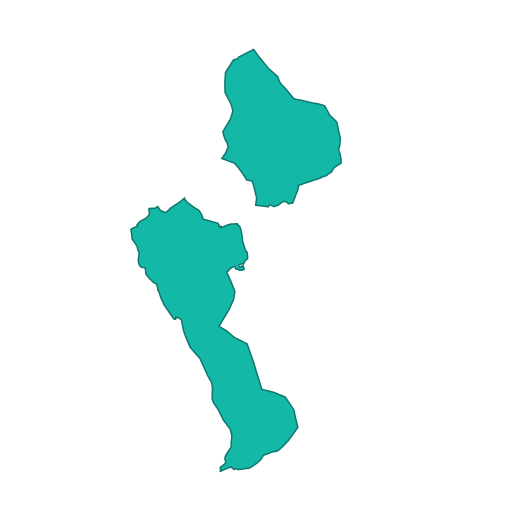 the district of Gusau, Zamfara, Nigeria, rotated 331°
{"feature_id": "59680162B80813578140782", "entity_name": "Gusau", "entity_type": "district", "adm_level": 2, "iso_a3": "NGA", "parent_name": "Nigeria", "parent_adm1": "Zamfara", "projection": "orthographic", "projection_center": [6.754, 11.999], "detail": "fine", "context": "isolated", "style": "filled", "palette": "teal", "viewbox_px": 512, "rotation_deg": 331, "n_neighbors": 0, "source": "geoboundaries", "source_scale": "gbopen_adm2", "svg_char_len": 4300}
<svg xmlns="http://www.w3.org/2000/svg" viewBox="0 0 512 512"><g transform="rotate(331 256 256)"><path d="M120.4,427.0L130.9,428.1L131.5,428.0L131.9,428.3L132.1,428.6L132.0,428.9L132.1,429.2L132.2,429.5L132.3,429.8L132.5,430.0L132.8,430.3L132.9,430.6L133.0,431.1L133.0,431.6L133.1,431.9L133.2,432.0L133.4,432.1L133.6,432.0L134.0,431.9L134.3,432.0L134.6,432.2L134.9,432.4L135.4,432.4L135.8,432.7L136.5,433.7L137.3,434.4L147.7,438.4L156.4,437.6L161.2,436.5L166.0,433.9L170.3,434.7L174.2,435.0L180.4,437.0L186.2,435.8L195.4,432.9L209.5,426.2L212.4,415.7L214.5,409.3L213.2,393.6L205.7,384.1L196.5,375.5L200.2,357.3L201.9,349.9L202.9,344.8L203.4,341.6L205.6,328.5L197.5,316.5L195.2,310.4L194.1,307.4L189.5,299.6L206.6,289.7L215.3,283.2L220.3,276.8L221.7,266.8L222.4,257.5L222.6,255.8L223.3,255.7L223.5,255.7L224.1,255.6L225.5,255.5L226.0,254.8L227.1,254.2L228.1,254.7L229.4,254.5L231.6,254.4L232.2,254.4L232.8,255.2L232.0,256.7L232.2,257.9L233.7,258.8L234.7,260.5L236.5,261.5L239.1,261.9L239.3,261.7L240.0,258.0L236.6,257.9L236.0,257.1L236.7,255.2L237.6,255.2L239.4,256.0L240.6,256.2L241.5,256.8L242.8,256.0L243.7,255.1L245.4,254.7L247.3,254.4L248.4,252.4L250.1,248.3L249.5,246.5L251.5,236.1L252.7,234.0L255.0,227.5L256.1,223.1L255.2,218.7L249.3,215.8L245.2,214.9L243.2,214.7L242.3,214.7L239.8,214.6L240.0,213.3L238.0,213.4L238.0,212.4L238.6,212.3L238.6,211.5L238.6,208.9L227.3,197.8L228.2,196.2L228.5,191.8L228.1,188.1L226.0,184.7L223.6,179.6L223.0,177.9L221.7,175.3L221.4,173.5L221.6,173.2L221.4,172.9L220.9,172.3L221.0,172.0L221.2,171.6L221.5,170.6L218.2,171.3L217.8,171.3L217.5,171.4L217.4,171.6L217.1,171.6L216.5,171.7L215.9,171.8L209.0,172.3L204.6,172.7L198.3,174.4L197.5,173.6L196.7,172.7L195.6,171.3L194.6,170.0L194.4,168.3L194.0,165.0L192.6,165.3L191.6,165.3L190.2,165.2L188.8,164.2L185.5,162.6L184.6,163.7L184.6,163.8L184.2,165.1L183.8,166.8L183.3,167.3L182.1,168.2L181.7,168.4L181.5,168.6L181.2,168.7L180.9,168.7L180.8,168.8L180.6,168.9L180.2,169.0L179.0,169.3L178.6,169.4L178.4,169.5L177.9,169.6L172.3,169.5L170.9,169.7L167.1,171.0L167.3,172.1L165.1,172.3L162.0,171.9L159.4,172.1L157.4,177.7L155.9,181.1L156.7,189.4L155.8,193.1L155.5,194.5L155.3,196.8L151.1,202.3L149.7,206.0L149.7,209.0L151.0,210.9L153.3,212.3L152.7,214.3L150.9,218.5L152.0,224.5L153.7,229.9L155.4,232.1L154.6,236.2L154.1,237.0L154.1,237.3L153.5,238.3L153.8,239.1L153.8,239.7L153.7,240.2L153.7,240.3L153.8,240.4L153.6,241.4L152.5,246.6L152.3,250.9L151.9,253.6L153.5,271.0L154.3,271.8L155.0,272.3L155.3,272.1L155.5,271.7L155.8,271.6L155.8,271.3L155.8,270.9L156.3,270.6L158.8,273.1L159.8,275.8L156.7,285.2L155.4,292.0L154.1,304.0L157.3,318.3L155.7,338.4L155.9,344.4L154.4,349.5L148.3,359.8L147.7,364.3L148.5,372.0L147.9,383.4L149.5,395.1L147.7,401.5L143.5,407.8L141.7,411.0L133.0,415.6L131.2,417.2L130.2,418.9L130.0,420.7L129.6,421.4L128.8,422.2L128.1,422.5L126.8,422.9L125.6,423.0L124.5,423.3L123.3,423.3L122.4,423.6L122.1,423.8L122.0,424.2L122.0,424.5L121.7,424.7L121.7,425.0L121.9,425.5L121.8,425.8L121.7,426.0L121.5,426.3L120.9,426.2L120.5,426.6L120.4,427.0ZM354.1,74.2L337.3,73.6L335.6,74.5L331.2,73.6L325.7,76.7L318.4,80.6L313.3,88.4L308.2,98.0L307.8,111.0L306.2,117.9L300.1,123.8L287.5,131.0L286.3,134.6L285.4,139.9L285.7,142.7L284.5,147.2L279.1,151.3L273.4,154.2L282.0,164.2L282.3,165.3L282.6,166.6L283.5,170.5L283.8,173.7L284.2,176.0L284.3,178.9L284.8,182.8L284.5,184.8L288.9,188.5L288.1,193.2L286.1,200.3L284.7,205.6L280.3,211.4L288.7,217.5L290.7,219.0L292.3,217.7L293.3,218.1L295.6,221.5L300.0,222.3L304.9,221.6L306.8,221.8L307.6,222.4L308.3,222.9L308.7,223.2L308.9,223.9L309.4,224.8L309.5,225.5L309.7,226.2L310.9,226.4L312.0,226.7L313.0,226.8L313.6,227.6L325.8,217.4L327.3,214.9L336.6,216.4L341.4,217.6L343.0,217.5L344.0,217.6L344.8,218.2L347.5,218.6L348.5,218.7L349.9,219.1L351.3,218.7L352.2,219.2L353.7,219.1L355.1,219.6L357.0,219.9L358.6,219.3L360.9,219.2L362.5,219.2L366.9,216.7L368.3,216.4L375.4,216.1L376.1,214.7L377.1,212.9L378.0,210.6L378.7,208.6L379.0,207.8L379.7,203.2L382.7,200.1L387.0,193.7L389.0,186.2L390.7,181.0L391.6,177.7L388.7,168.6L388.9,158.2L388.0,157.0L384.4,153.3L379.8,149.7L378.3,148.3L375.9,146.2L370.9,141.5L367.8,139.1L365.4,136.8L362.7,122.7L361.1,117.2L361.3,113.7L361.9,109.6L357.8,98.0L355.1,82.8L354.5,77.8L354.1,74.2Z" fill="#14b8a6" stroke="#0f766e" stroke-width="1.5"/></g></svg>